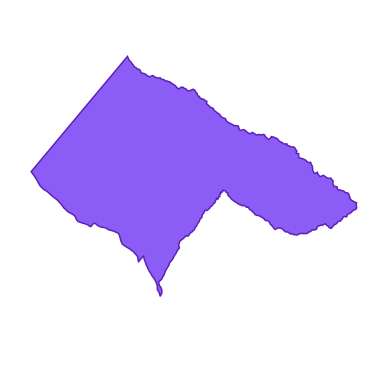 Zonda, San Juan, Argentina (Robinson projection), rotated 130°
{"feature_id": "61730980B79956801813082", "entity_name": "Zonda", "entity_type": "district", "adm_level": 2, "iso_a3": "ARG", "parent_name": "Argentina", "parent_adm1": "San Juan", "projection": "robinson", "projection_center": [-68.949, -31.574], "detail": "fine", "context": "isolated", "style": "filled", "palette": "violet", "viewbox_px": 384, "rotation_deg": 130, "n_neighbors": 0, "source": "geoboundaries", "source_scale": "gbopen_adm2", "svg_char_len": 5963}
<svg xmlns="http://www.w3.org/2000/svg" viewBox="0 0 384 384"><g transform="rotate(130 192 192)"><path d="M276.8,211.8L276.3,207.0L275.7,203.4L275.4,198.5L275.9,196.2L276.0,194.2L276.5,192.0L279.6,188.6L279.7,188.1L272.2,188.1L272.2,187.8L272.6,187.2L274.0,185.7L274.6,184.8L276.4,181.5L276.8,181.1L277.8,179.1L278.1,178.2L279.0,176.8L279.2,176.0L279.5,175.4L280.4,173.2L280.9,171.2L282.1,168.3L282.2,167.4L282.4,166.9L282.6,165.8L283.0,164.2L284.3,161.4L285.1,159.9L287.1,157.2L287.7,157.1L288.0,156.7L288.7,156.1L289.1,155.6L289.6,154.4L290.0,152.6L291.4,150.8L292.0,149.6L291.1,149.6L289.1,149.9L287.9,151.1L287.2,151.4L286.3,152.3L285.8,153.3L285.5,153.6L285.1,154.3L284.6,156.7L282.8,159.4L281.0,159.6L280.0,159.3L277.7,159.2L276.4,159.7L273.2,160.2L270.4,161.3L269.2,161.5L268.3,161.9L266.9,162.0L264.7,162.4L263.6,162.4L262.7,162.8L261.7,163.1L261.3,163.5L260.6,163.7L258.6,163.5L257.8,163.6L255.7,163.7L251.7,164.6L249.2,164.8L247.1,165.5L246.3,165.4L244.7,165.8L243.3,165.6L242.7,165.9L241.7,167.6L241.2,168.1L237.8,169.6L235.8,169.4L234.4,168.9L233.4,168.9L231.5,168.5L230.6,168.7L229.6,168.4L229.0,168.2L228.8,167.2L228.6,166.8L226.8,166.6L224.4,167.0L222.1,166.2L220.7,166.3L219.5,165.9L218.6,166.1L217.0,166.9L215.3,166.6L212.9,167.3L209.7,167.5L207.7,168.4L207.3,168.5L205.4,168.0L203.1,169.3L201.6,169.6L200.3,169.5L199.6,169.8L198.9,169.8L198.4,170.2L197.9,170.2L197.5,170.0L197.0,169.2L196.2,168.6L195.3,168.3L193.0,168.0L191.8,168.4L190.0,167.9L188.8,167.8L187.4,168.2L185.5,167.5L184.8,168.1L182.4,168.6L181.1,169.2L181.0,168.9L181.1,168.0L180.9,167.7L180.6,167.6L179.8,167.8L179.1,168.4L178.5,168.5L178.1,168.2L177.6,167.7L177.3,167.9L176.6,168.9L175.8,169.1L174.9,168.8L174.7,169.0L174.6,169.7L174.2,170.0L173.8,170.0L173.0,169.0L172.4,168.8L171.9,168.8L171.1,169.5L170.9,169.5L170.5,169.1L169.9,167.4L169.9,166.3L170.4,165.3L169.9,164.5L169.9,163.6L171.2,162.7L171.5,161.9L171.5,159.5L172.1,157.1L172.0,154.3L171.6,151.3L171.4,148.8L171.1,147.6L170.7,146.8L170.4,145.4L170.2,144.8L169.8,144.3L169.0,143.4L168.5,142.4L168.4,141.9L168.7,140.7L168.6,140.2L167.6,139.4L167.5,138.9L168.1,137.4L168.3,136.4L168.0,135.2L167.9,134.3L168.3,133.0L168.2,131.1L168.7,129.1L168.5,128.0L168.3,127.4L168.0,127.0L167.1,125.5L166.3,121.1L166.2,120.3L166.0,119.8L166.6,118.8L166.6,117.7L166.5,117.0L165.4,116.2L165.3,115.8L165.3,113.9L165.7,112.6L166.4,111.2L166.5,108.9L167.3,105.2L167.3,104.7L167.1,104.2L166.9,104.0L165.9,103.7L164.6,103.2L163.4,102.0L162.2,99.4L162.2,98.4L162.5,97.0L162.5,95.3L162.4,94.8L161.8,93.8L161.2,93.2L161.0,92.7L161.0,90.1L160.4,89.0L159.5,88.1L159.3,86.7L158.6,85.7L158.2,85.4L157.9,84.5L157.2,83.7L154.3,82.6L150.8,78.1L149.3,76.9L147.7,76.8L146.0,75.7L145.0,75.8L144.2,75.6L143.6,75.2L142.9,74.3L141.9,73.6L140.7,72.7L139.2,73.3L138.1,73.5L137.0,73.3L134.9,72.1L134.3,71.9L133.8,70.7L132.5,70.4L131.0,69.7L130.7,69.4L130.9,66.6L130.6,65.5L131.1,64.1L130.8,63.4L130.8,62.7L130.4,62.3L130.1,61.8L128.0,62.1L126.5,61.8L125.2,61.9L124.2,61.2L122.6,60.9L121.2,61.2L119.4,60.3L119.0,59.7L118.6,59.6L117.3,59.8L116.6,59.5L114.4,60.0L114.0,59.9L113.3,59.7L112.6,59.2L111.6,57.6L109.2,58.4L108.6,58.3L107.3,57.6L105.1,56.9L104.1,56.9L102.9,56.6L102.7,56.7L102.0,56.6L101.6,56.4L100.6,55.6L100.0,55.4L98.9,55.4L97.7,56.3L95.7,58.5L95.1,58.9L94.5,59.0L95.1,60.8L95.8,64.5L95.8,65.6L95.0,67.2L93.1,70.0L92.6,71.2L92.8,72.4L93.9,74.0L93.9,74.7L93.7,76.0L93.8,76.6L94.3,77.4L95.3,79.9L95.5,80.3L96.2,80.8L96.3,81.8L96.1,82.7L95.1,84.0L94.9,84.0L95.0,84.7L95.7,86.0L96.2,86.5L96.3,86.8L95.7,88.5L94.8,89.7L94.2,90.2L92.9,90.9L92.4,93.7L92.1,94.4L93.5,96.1L94.1,97.0L94.4,98.0L94.7,101.9L96.3,103.0L97.7,103.5L98.0,103.8L97.4,107.0L96.3,108.6L98.1,109.4L99.1,110.2L97.8,113.4L95.0,116.2L94.4,117.6L94.0,119.1L93.2,119.7L93.1,120.0L93.1,120.3L93.6,120.4L94.3,121.5L94.6,122.5L94.8,123.8L94.5,125.1L95.0,127.5L96.1,130.3L96.8,131.4L96.9,131.9L96.9,132.5L94.1,134.9L94.2,135.3L95.2,136.8L95.0,137.4L94.0,138.1L93.3,137.9L92.5,140.6L92.1,141.6L92.0,142.8L93.8,145.2L94.3,147.2L94.8,148.5L94.7,149.4L94.2,150.0L94.2,150.5L95.0,151.1L96.0,152.2L96.4,155.9L96.8,156.9L96.9,158.3L96.6,159.4L96.3,161.3L96.8,162.1L97.0,163.5L97.6,165.0L98.6,166.9L99.2,166.5L101.2,166.7L102.8,167.5L102.5,168.6L102.4,171.6L101.6,173.0L101.9,174.2L103.0,175.2L103.4,175.2L105.1,178.0L106.6,178.8L107.0,179.2L107.3,183.2L107.6,183.9L108.0,184.2L109.8,184.9L110.5,185.6L110.8,188.3L110.6,190.8L110.7,191.7L111.0,192.5L113.7,194.6L113.9,195.2L113.2,196.6L111.7,199.1L114.0,202.6L115.7,210.5L114.3,213.7L115.3,216.1L115.6,218.0L114.8,220.6L115.0,222.6L115.3,227.6L114.3,229.4L115.1,232.1L115.2,233.5L115.0,234.9L115.1,235.5L115.1,237.5L115.0,237.8L113.5,238.4L113.0,239.1L113.5,240.7L113.4,242.2L113.7,242.7L114.9,246.3L114.1,247.8L114.4,248.6L114.4,249.5L114.0,250.4L113.2,251.4L113.2,252.6L112.2,255.4L112.4,256.6L112.7,257.3L116.4,259.2L116.7,259.5L117.3,261.3L116.9,262.7L117.0,263.2L117.6,264.6L117.5,265.6L117.7,266.6L119.4,268.1L120.8,267.9L121.9,269.2L121.3,273.3L122.0,279.3L121.9,280.0L122.7,281.3L122.9,282.3L123.9,283.6L124.2,284.2L123.9,285.5L125.1,287.5L125.2,287.9L125.2,288.9L125.0,290.0L125.7,290.2L126.6,291.4L127.9,294.5L127.9,296.8L129.0,297.5L130.4,298.1L131.8,300.2L131.5,302.6L132.1,305.1L133.0,306.5L133.3,307.5L133.1,308.3L132.2,309.5L132.0,310.1L132.0,311.2L132.9,313.1L132.8,314.9L133.2,316.5L132.5,318.6L132.1,321.0L131.6,322.4L131.4,325.0L129.6,328.6L279.8,328.3L281.0,323.4L282.6,318.4L284.8,312.8L285.1,310.5L285.3,306.9L284.9,304.9L284.7,301.9L285.0,297.4L284.7,289.9L285.2,287.1L285.2,285.7L286.6,279.6L286.9,274.0L286.2,271.4L285.8,268.6L285.7,267.0L286.2,264.9L287.4,263.1L287.7,261.2L287.7,260.0L287.4,259.0L286.1,255.6L285.4,254.2L284.4,251.6L284.2,250.6L284.0,247.9L283.6,247.4L283.4,247.3L279.6,247.2L278.8,246.6L278.4,246.0L278.3,245.7L278.3,242.3L278.0,241.1L277.2,238.9L275.1,235.4L274.4,231.3L272.6,227.5L271.0,222.2L271.2,221.2L271.8,219.8L275.2,215.0L276.8,211.8Z" fill="#8b5cf6" stroke="#5b21b6" stroke-width="1.5"/></g></svg>